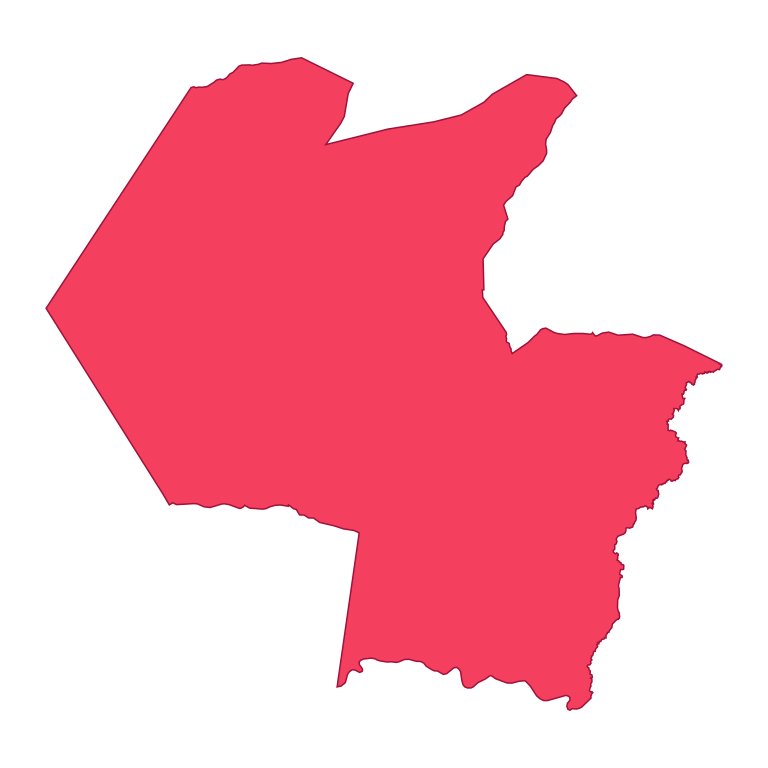 the district of Mwandi, Western, Zambia
{"feature_id": "96606910B67741623521388", "entity_name": "Mwandi", "entity_type": "district", "adm_level": 2, "iso_a3": "ZMB", "parent_name": "Zambia", "parent_adm1": "Western", "projection": "albers", "projection_center": [24.97, -17.112], "detail": "fine", "context": "isolated", "style": "filled", "palette": "rose", "viewbox_px": 768, "rotation_deg": 0, "n_neighbors": 0, "source": "geoboundaries", "source_scale": "gbopen_adm2", "svg_char_len": 6098}
<svg xmlns="http://www.w3.org/2000/svg" viewBox="0 0 768 768"><path d="M719.3,363.2L683.8,345.6L659.7,335.1L653.4,334.9L650.3,336.5L645.9,337.6L643.2,337.6L632.7,334.2L618.1,335.2L608.7,332.1L602.2,333.1L596.8,335.9L595.1,335.9L592.5,332.6L592.0,333.8L590.0,334.2L583.2,333.5L573.7,333.5L564.6,334.5L557.5,333.5L554.1,332.5L545.9,328.1L542.6,328.7L540.5,329.8L536.8,334.5L534.8,335.9L528.0,342.6L512.2,353.5L511.0,350.7L511.1,348.9L509.9,347.1L509.2,343.4L507.0,342.3L506.3,341.3L506.6,338.8L505.9,336.6L506.6,334.3L506.0,332.0L482.8,297.5L482.3,289.9L483.9,289.8L483.1,258.8L493.2,244.0L499.8,238.9L502.8,234.5L503.1,232.0L504.1,230.8L504.4,226.2L505.5,221.5L507.9,219.1L503.6,205.2L506.0,201.4L512.6,195.7L516.0,186.9L519.5,185.0L521.4,181.6L524.8,177.4L527.4,176.1L533.1,169.4L538.6,165.4L543.1,160.9L546.6,153.4L546.6,149.7L545.6,144.1L546.1,139.3L550.4,132.5L552.7,125.5L554.5,122.6L556.0,118.8L559.7,115.9L561.6,113.7L564.5,108.2L570.3,102.1L572.4,98.9L576.7,95.7L567.9,84.5L564.0,81.9L556.9,78.5L526.7,74.6L492.3,94.2L484.0,102.2L461.2,115.0L433.5,121.9L388.3,129.0L325.8,144.6L340.7,123.3L344.3,116.5L348.2,93.6L353.2,83.3L301.6,57.8L291.5,59.3L281.6,62.4L271.2,63.5L261.7,63.1L258.5,64.3L252.1,65.3L249.8,64.9L241.6,65.1L238.9,66.2L232.9,72.5L230.0,73.8L227.1,77.3L224.4,79.2L222.6,79.7L220.1,79.1L216.5,80.1L214.1,82.2L207.2,86.5L201.8,87.3L198.7,87.1L196.2,87.7L193.7,86.8L191.1,87.5L46.1,308.3L162.8,493.8L169.3,504.9L172.8,502.8L176.5,504.6L194.1,503.6L197.4,503.9L204.1,506.8L210.2,507.5L221.9,504.0L224.3,503.8L229.1,504.6L239.4,508.4L240.7,508.3L243.2,507.0L244.6,505.3L249.6,508.1L262.3,509.1L265.8,508.7L270.1,506.7L275.3,505.3L280.5,505.0L288.3,506.3L288.5,504.9L293.8,508.9L296.2,509.3L299.6,515.0L304.0,515.0L308.7,518.0L313.5,518.0L319.6,522.4L334.1,525.8L343.3,528.8L354.1,530.5L359.2,532.9L337.1,686.9L341.0,686.1L345.3,682.7L347.5,674.6L349.1,672.0L351.6,670.1L352.8,669.7L355.3,670.2L359.6,672.4L362.1,671.5L362.6,670.0L362.3,668.7L359.4,664.6L359.1,662.1L360.6,660.4L363.2,659.1L371.2,658.1L375.4,658.9L377.4,660.1L380.5,661.0L386.9,662.0L391.5,661.8L396.2,662.4L398.8,661.9L404.4,659.5L409.0,659.3L416.3,661.3L420.6,661.5L423.8,663.1L426.2,666.2L431.8,669.7L434.6,670.9L437.3,670.9L443.4,674.4L446.6,673.7L453.9,667.8L456.9,667.4L459.0,669.2L460.6,671.7L461.8,680.3L463.1,684.9L464.8,686.9L467.7,688.0L471.1,687.9L472.9,687.1L478.0,682.6L485.5,678.9L490.1,675.6L491.9,676.0L495.3,678.6L507.0,683.0L512.0,683.1L518.4,681.4L524.6,680.7L526.0,681.5L530.6,686.5L536.6,695.8L540.0,698.7L543.6,700.6L547.4,700.6L565.8,695.4L568.4,696.1L569.8,697.5L570.0,700.2L567.4,703.3L566.9,706.4L568.0,709.4L570.1,710.2L572.1,708.7L576.5,709.0L579.4,708.3L581.8,707.0L591.1,698.0L590.8,696.6L591.7,693.9L592.8,692.6L591.9,691.7L590.3,691.7L589.5,690.8L589.8,688.6L591.0,686.0L590.6,684.1L591.9,682.0L591.9,679.2L590.7,678.1L592.1,677.7L592.4,677.0L591.8,674.8L590.0,674.1L590.3,671.0L588.9,669.6L588.9,667.9L587.2,666.7L587.4,665.8L588.2,664.8L589.8,664.9L591.0,663.3L590.5,661.4L591.9,659.9L590.8,658.6L591.7,657.0L591.5,656.1L592.7,655.6L593.7,651.6L595.2,651.3L595.7,648.7L597.6,646.8L597.7,646.2L596.7,645.0L597.1,644.2L598.6,643.9L597.8,642.6L599.1,642.8L599.4,641.4L600.8,641.5L601.8,639.4L604.0,639.0L604.5,637.7L606.0,638.0L606.1,634.9L607.3,633.5L607.5,632.4L609.1,632.1L609.2,630.8L611.8,627.7L612.3,624.1L616.7,619.6L618.3,619.3L618.4,618.7L619.3,618.4L619.7,616.0L619.3,615.5L619.3,613.1L618.0,610.5L617.5,607.7L617.7,599.9L619.3,595.5L619.1,588.5L618.4,585.7L620.4,577.4L621.9,577.6L622.3,577.0L622.1,575.8L619.6,574.1L620.0,571.6L620.8,569.5L623.2,569.5L623.7,569.0L623.8,565.3L623.2,564.7L621.4,564.4L620.9,562.6L619.4,562.1L618.9,561.0L617.0,559.9L617.7,558.6L617.6,556.3L618.3,555.3L618.0,553.8L616.7,552.9L615.5,553.8L613.4,552.3L613.3,550.2L614.5,549.6L614.8,548.8L614.7,544.7L616.0,544.1L617.0,541.6L616.3,539.8L616.4,538.5L618.0,536.2L623.4,534.2L625.1,532.8L625.8,531.3L626.0,528.1L627.8,527.7L629.6,528.2L632.7,527.0L633.4,524.2L634.3,523.7L634.5,522.5L635.9,520.3L636.3,517.8L635.5,512.5L636.2,508.9L638.7,508.5L640.3,507.2L643.6,506.8L645.3,505.7L647.7,507.3L647.8,508.8L649.9,507.3L652.4,508.8L653.1,506.6L652.6,504.8L653.5,504.1L653.4,503.1L652.4,503.2L653.0,502.3L652.8,500.1L653.4,499.6L653.8,500.2L654.2,499.5L654.7,499.8L655.6,498.0L657.0,498.2L657.7,497.7L658.7,494.2L658.1,490.4L657.1,490.1L656.4,488.8L657.5,487.9L658.3,485.5L659.9,484.5L661.9,484.8L662.1,483.9L663.3,484.0L663.8,483.4L665.1,483.3L665.5,482.2L666.8,481.8L666.9,480.4L668.3,480.2L668.8,479.2L670.5,479.8L671.0,481.0L672.2,481.2L673.9,480.1L675.0,480.7L676.5,479.0L677.7,479.0L678.9,477.3L678.3,476.3L678.8,474.9L680.1,475.0L682.2,471.7L681.6,468.4L682.9,464.3L684.9,463.3L686.3,463.5L687.1,462.9L687.7,463.3L688.6,462.5L688.3,460.3L687.7,460.5L687.2,459.7L686.8,458.6L687.1,457.8L685.8,455.0L686.0,450.8L684.7,449.6L686.6,445.1L684.7,443.1L685.1,441.9L682.9,441.9L681.6,441.1L679.8,441.3L678.4,440.2L677.9,440.5L678.6,437.9L677.7,438.1L675.8,436.6L675.6,434.4L676.3,433.7L676.2,432.9L675.1,431.8L670.4,430.1L669.9,430.8L668.1,430.3L668.2,424.3L667.1,424.0L667.3,422.5L666.7,421.2L668.5,421.1L668.4,419.7L669.2,418.9L671.3,419.2L673.2,417.4L673.6,415.3L672.3,414.0L673.4,413.1L674.3,410.3L673.7,409.4L673.9,408.5L677.4,408.7L678.4,410.5L678.9,409.3L680.0,408.8L680.2,407.8L679.7,406.9L680.4,405.7L683.7,403.8L684.0,399.9L684.8,398.4L682.7,398.3L682.0,394.1L683.3,394.2L684.0,392.7L684.1,390.7L684.8,390.1L685.9,390.4L686.5,389.7L685.1,387.5L686.5,384.7L686.3,382.8L687.8,382.3L688.4,381.4L689.9,382.0L690.1,382.7L691.6,383.1L691.8,384.1L693.5,385.1L694.5,384.2L694.2,383.6L695.0,382.5L695.0,380.6L696.7,377.7L696.2,377.2L697.3,377.0L696.9,375.4L697.8,374.0L698.8,374.2L700.8,373.3L702.8,374.0L703.1,373.2L704.4,373.3L704.9,371.9L706.2,372.8L707.1,372.2L707.3,373.0L708.8,372.2L708.8,371.6L709.6,371.4L710.5,371.6L710.5,372.2L711.8,371.8L713.5,372.2L714.2,371.0L715.5,370.7L717.3,369.3L719.5,369.6L720.4,367.4L721.3,366.7L721.0,366.1L721.7,366.0L721.9,365.2L721.4,365.2L721.0,364.0L720.1,364.1L719.8,363.4L719.2,363.6L719.3,363.2Z" fill="#f43f5e" stroke="#9f1239" stroke-width="1.5"/></svg>